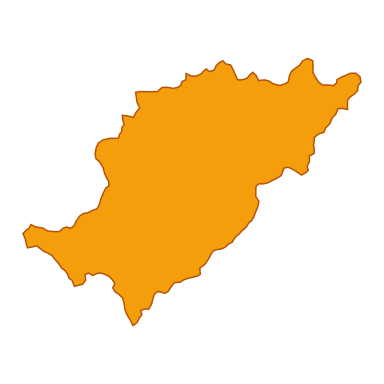 Nazaré Paulista, São Paulo, Brazil
{"feature_id": "56859067B32892944945715", "entity_name": "Nazaré Paulista", "entity_type": "district", "adm_level": 2, "iso_a3": "BRA", "parent_name": "Brazil", "parent_adm1": "São Paulo", "projection": "albers", "projection_center": [-46.369, -23.204], "detail": "fine", "context": "isolated", "style": "filled", "palette": "amber", "viewbox_px": 384, "rotation_deg": 0, "n_neighbors": 0, "source": "geoboundaries", "source_scale": "gbopen_adm2", "svg_char_len": 2868}
<svg xmlns="http://www.w3.org/2000/svg" viewBox="0 0 384 384"><path d="M23.0,233.5L25.3,239.2L26.3,243.8L27.4,247.8L32.0,247.0L36.8,245.8L40.0,248.4L43.7,251.4L47.7,252.9L52.0,255.6L55.8,260.3L58.9,263.9L61.4,267.9L64.9,270.5L67.5,274.0L69.2,278.4L72.1,280.3L74.4,286.3L78.0,285.4L82.5,284.3L85.7,280.1L85.0,274.8L88.3,273.0L92.8,275.5L96.6,273.6L100.4,272.9L105.0,274.4L109.7,276.9L112.3,279.7L114.8,283.2L112.8,287.9L114.8,291.5L118.6,294.0L122.6,298.0L124.1,303.5L125.0,309.6L126.9,314.6L130.0,319.6L133.0,325.6L137.0,322.6L139.1,318.6L141.9,314.4L140.7,310.6L144.5,309.0L148.7,309.2L151.7,303.7L153.1,298.3L154.3,294.5L157.6,291.5L160.9,292.1L165.2,293.3L168.5,291.1L171.0,287.0L174.4,282.7L180.2,282.1L183.7,279.9L188.4,278.2L193.5,277.0L197.3,276.1L200.3,274.2L199.8,268.3L204.8,264.3L207.6,260.5L209.7,256.6L213.0,251.0L216.9,249.6L221.3,249.0L225.0,247.3L228.5,244.1L232.2,242.2L234.3,238.6L236.4,236.1L239.2,234.0L241.5,231.3L246.0,227.4L249.0,222.6L251.8,220.5L253.9,216.6L255.3,212.9L257.9,206.4L258.9,201.4L255.8,196.5L255.8,191.3L256.0,186.3L258.8,183.8L263.3,183.9L268.4,182.6L272.7,180.3L277.0,178.2L281.0,175.7L282.5,172.3L284.0,168.1L287.9,167.2L291.1,168.5L294.4,170.3L297.7,172.5L301.5,175.0L305.5,172.9L308.3,170.3L307.0,166.3L309.4,161.8L309.4,156.1L314.1,153.4L314.4,149.3L313.4,145.1L314.2,141.7L314.2,137.6L318.7,133.8L323.8,132.4L325.6,128.1L329.9,123.6L332.4,117.5L335.7,114.4L338.0,108.7L342.2,108.4L347.6,109.5L347.4,105.7L347.6,100.4L350.1,96.9L354.6,93.9L357.5,90.7L358.0,85.9L361.0,82.1L359.9,76.6L355.6,73.2L350.3,73.3L346.0,75.2L341.2,77.3L337.1,79.6L336.5,83.2L333.2,85.7L327.4,84.9L322.8,85.1L318.9,82.4L315.6,77.5L312.8,72.1L313.1,66.6L312.7,60.7L307.5,58.4L302.5,61.0L299.7,65.3L294.9,68.5L291.6,71.2L289.6,75.2L288.1,82.0L284.4,84.1L279.5,85.4L273.0,83.7L268.8,80.9L264.6,79.9L258.6,80.5L256.3,75.8L252.8,72.3L249.9,74.8L247.1,78.2L241.9,79.9L237.6,79.8L235.0,74.0L232.6,68.6L230.5,64.9L225.9,64.0L222.9,60.8L219.3,62.6L216.1,65.8L214.0,70.3L209.0,71.5L206.3,68.9L203.5,71.2L201.0,74.0L195.6,76.3L190.7,75.8L186.2,73.5L185.8,79.8L182.1,81.5L180.6,85.6L177.4,87.5L173.1,88.4L169.4,87.7L166.2,87.2L161.8,87.6L157.2,91.7L152.0,91.6L148.0,91.7L144.8,91.7L140.8,91.5L135.6,92.3L136.4,97.8L137.1,102.4L139.7,107.9L135.9,112.6L133.4,117.5L129.7,116.4L126.1,115.7L122.3,115.3L122.9,120.1L124.1,124.5L121.9,127.5L121.7,131.6L119.6,134.2L118.4,138.2L115.2,138.4L111.9,138.2L108.2,138.6L103.2,139.9L98.6,142.8L96.3,147.2L95.1,154.0L96.0,158.8L99.4,161.5L103.0,167.5L104.7,173.7L106.3,177.2L108.7,181.8L108.9,186.0L105.9,187.8L103.5,192.7L101.1,198.2L99.3,204.5L97.1,208.7L93.1,210.2L87.4,212.9L83.4,213.5L79.8,215.9L76.4,220.7L73.9,226.0L70.4,228.3L66.5,227.0L63.1,228.2L59.2,231.6L54.1,231.6L48.1,231.1L42.6,228.0L38.8,227.4L35.1,226.6L30.9,224.6L29.1,228.1L26.4,230.1L23.0,233.5Z" fill="#f59e0b" stroke="#b45309" stroke-width="1.5"/></svg>